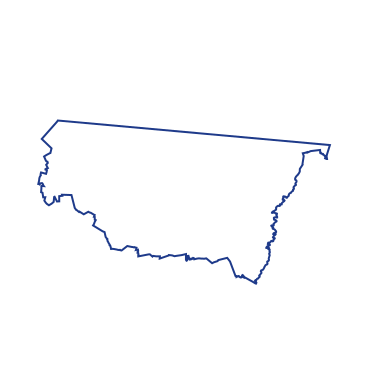 outline of Cintalapa, Chiapas, Mexico, rotated 74°
{"feature_id": "50627088B82563437390549", "entity_name": "Cintalapa", "entity_type": "district", "adm_level": 2, "iso_a3": "MEX", "parent_name": "Mexico", "parent_adm1": "Chiapas", "projection": "albers", "projection_center": [-93.728, 16.752], "detail": "fine", "context": "isolated", "style": "outline", "palette": "blue", "viewbox_px": 384, "rotation_deg": 74, "n_neighbors": 0, "source": "geoboundaries", "source_scale": "gbopen_adm2", "svg_char_len": 5992}
<svg xmlns="http://www.w3.org/2000/svg" viewBox="0 0 384 384"><g transform="rotate(74 192 192)"><path d="M184.9,46.5L139.0,165.1L86.3,301.3L86.5,301.5L86.6,301.4L99.6,321.8L111.3,315.0L115.5,317.4L115.5,317.9L116.3,321.7L117.1,324.4L121.7,323.8L122.6,323.3L123.0,322.6L124.3,322.6L124.4,322.8L125.7,324.7L129.2,324.0L129.2,324.9L129.4,325.7L129.7,326.3L129.8,327.4L130.4,325.9L131.0,325.4L131.7,325.8L132.6,326.2L134.3,327.3L131.6,331.7L132.2,332.1L133.3,332.7L133.8,332.8L134.2,332.7L134.9,333.5L135.2,333.9L136.6,334.9L139.0,335.9L141.9,337.5L142.1,337.0L142.6,336.6L142.8,336.4L141.9,335.4L142.1,333.8L142.3,333.5L143.3,333.2L144.7,333.1L145.5,332.8L144.7,334.9L144.9,335.2L146.5,335.6L150.6,337.1L151.5,335.9L156.1,336.5L156.6,334.5L159.6,336.3L162.0,335.5L163.4,334.8L165.3,333.2L164.5,330.1L163.4,327.7L158.8,325.9L158.7,325.4L163.9,324.4L164.4,322.2L159.4,320.8L159.9,317.7L158.8,317.7L161.7,308.7L175.0,309.1L177.2,308.3L177.2,308.1L180.1,306.1L179.8,305.6L183.6,302.2L182.4,297.1L183.2,296.4L183.7,295.7L184.0,295.1L186.7,292.6L187.3,291.9L188.8,293.1L189.1,292.4L190.4,292.7L191.8,293.1L192.5,292.3L194.0,293.8L195.8,295.1L196.9,296.3L205.2,288.7L206.4,287.1L211.5,287.4L213.2,286.7L213.7,286.8L214.1,286.6L214.1,286.4L215.8,286.7L216.0,286.6L217.8,286.2L218.2,286.2L220.0,285.6L220.6,285.9L221.1,285.4L221.5,285.3L222.6,285.4L223.5,285.4L224.3,285.5L224.3,285.3L224.6,284.9L224.5,284.7L225.2,282.9L226.5,280.3L227.4,278.8L227.8,277.1L228.2,277.0L228.8,275.8L226.1,269.1L228.1,265.3L228.7,263.9L229.1,263.4L229.2,262.4L229.5,262.3L230.3,260.7L231.3,261.1L232.2,261.8L232.2,261.1L232.4,261.0L232.4,260.7L232.6,260.3L232.6,259.9L233.0,260.0L233.5,259.9L234.1,260.1L234.4,260.6L234.6,260.5L235.4,261.1L235.8,260.5L236.0,260.5L237.6,260.7L237.8,261.1L238.1,261.1L239.1,261.4L240.0,250.9L240.3,249.7L243.2,247.8L242.7,247.0L244.0,244.1L245.0,240.6L247.1,241.4L246.6,232.3L246.6,231.9L246.2,231.6L247.5,228.5L248.9,226.5L249.1,224.5L249.8,219.4L250.0,214.9L255.5,216.5L256.4,216.3L256.6,216.1L256.2,215.4L255.7,214.9L252.3,213.7L252.4,213.0L255.2,213.0L256.3,212.8L256.4,212.2L255.8,212.2L255.8,211.2L256.3,211.1L256.4,209.4L255.7,209.4L255.6,209.2L255.9,208.7L256.2,208.4L256.9,208.1L257.3,208.2L257.4,205.6L257.7,203.6L258.7,201.1L259.2,199.4L259.5,198.8L259.6,197.3L259.8,197.0L259.8,196.5L266.0,192.3L265.6,190.3L265.5,186.5L264.7,185.5L265.0,176.3L269.3,174.6L284.2,173.4L284.5,173.2L285.1,173.3L285.2,173.2L284.8,173.1L284.8,172.8L285.0,172.4L285.2,172.1L285.5,172.2L285.4,172.0L285.9,171.4L285.6,171.1L285.6,170.3L286.2,169.8L287.1,169.4L287.7,168.6L287.7,168.3L287.3,168.0L287.4,167.1L287.8,166.6L287.0,166.8L286.6,167.0L286.3,167.0L286.0,166.9L285.8,166.2L288.4,165.0L294.9,158.5L297.5,156.1L297.7,155.7L297.4,155.5L297.2,155.3L297.0,155.1L296.2,155.2L295.9,155.6L295.4,155.7L294.9,156.0L295.2,156.6L294.2,155.2L294.5,154.6L293.6,153.6L293.4,153.3L293.3,152.9L293.4,152.3L292.6,151.3L292.3,150.5L291.7,150.2L291.4,150.4L290.8,150.4L290.3,149.5L289.0,147.6L288.1,147.4L287.5,147.7L287.2,147.7L286.7,147.4L286.5,147.2L286.5,146.6L286.3,146.1L286.3,145.3L286.0,144.8L284.5,143.3L284.2,143.2L282.6,141.5L282.3,140.3L282.3,139.8L282.0,139.4L281.8,139.2L281.3,139.2L279.7,138.9L279.5,138.6L279.3,137.5L278.9,137.0L278.3,136.7L277.6,136.7L276.9,136.5L274.1,134.7L273.7,134.8L273.2,134.8L272.9,134.9L272.3,134.7L271.9,134.1L271.6,133.9L271.1,133.7L270.7,133.9L270.3,133.8L268.7,133.2L268.5,133.3L268.3,134.0L267.9,134.4L267.7,134.4L267.5,133.8L267.1,133.4L266.4,133.8L266.2,134.4L266.4,134.9L266.4,135.6L266.2,136.0L265.9,135.9L265.4,135.3L264.9,134.4L264.8,132.8L264.6,131.9L264.2,131.7L263.8,131.8L263.7,132.0L263.4,133.2L263.0,133.5L261.8,132.8L261.7,132.6L262.0,131.6L261.9,130.8L261.6,130.3L261.1,129.7L260.9,129.2L261.0,128.9L261.4,128.7L261.7,128.1L261.6,127.5L261.2,127.1L260.9,127.1L260.1,126.7L259.9,126.4L259.8,125.7L259.5,125.3L259.3,125.2L259.1,125.3L258.0,126.7L257.8,126.7L257.3,126.0L256.9,125.6L256.4,124.4L255.8,123.3L255.5,123.2L255.3,123.5L255.3,125.0L254.9,125.5L254.5,125.3L254.1,124.7L254.1,123.9L253.7,122.2L253.0,122.0L252.5,122.2L251.0,122.8L250.2,123.5L249.8,124.3L249.5,124.5L249.1,124.5L248.3,123.7L247.9,124.0L247.3,124.8L246.7,125.0L246.2,125.0L246.1,124.5L246.4,123.6L246.4,122.6L246.2,122.5L245.7,122.6L245.2,122.4L245.2,122.2L244.2,120.9L243.6,118.9L243.3,118.7L243.1,118.7L242.3,119.2L241.7,119.8L241.5,120.3L241.2,120.7L240.8,120.7L239.8,120.5L239.4,120.4L239.2,120.0L239.3,118.5L239.6,118.0L239.9,117.6L240.0,117.3L240.0,117.2L239.4,117.0L238.7,117.0L237.3,117.3L237.0,117.1L236.6,116.4L236.2,116.3L235.7,116.9L235.4,117.7L234.9,118.1L234.2,119.1L234.3,119.8L234.2,120.7L234.0,120.9L233.7,120.8L233.0,119.4L232.9,118.4L232.3,116.5L232.1,116.1L231.5,115.7L230.5,115.7L229.8,115.1L229.5,114.7L229.0,113.3L229.1,112.6L229.5,112.1L229.5,111.5L229.3,111.0L229.1,110.9L228.7,111.0L228.1,110.8L228.1,110.5L228.6,109.4L228.6,109.2L227.8,109.0L227.4,108.6L226.6,107.1L226.2,105.9L225.7,105.4L225.2,105.6L225.0,106.4L224.8,106.6L224.5,106.9L224.2,106.9L223.5,106.6L222.8,105.6L222.0,105.8L221.6,105.6L221.4,105.4L221.4,105.0L222.3,103.4L222.7,103.1L223.5,102.9L223.7,102.5L223.6,102.2L223.2,102.0L222.4,100.2L222.0,99.9L221.1,99.6L220.4,98.8L220.2,98.4L220.1,97.3L220.0,97.0L219.4,96.5L219.1,96.0L218.8,94.7L218.5,94.4L218.0,94.4L217.5,94.2L217.4,94.1L217.3,93.6L217.1,93.2L216.5,93.0L215.5,93.1L215.1,92.8L214.3,91.5L214.0,90.3L213.8,90.1L213.4,90.1L212.7,90.4L212.4,90.3L212.0,90.0L211.3,89.0L210.4,88.5L209.8,88.5L209.5,88.6L208.9,89.3L208.6,89.4L207.9,89.3L207.2,89.0L206.0,87.9L204.9,86.2L204.9,85.9L204.1,85.0L203.9,84.6L203.6,84.2L202.1,82.8L199.6,82.0L199.3,81.7L196.2,78.1L195.8,78.2L188.2,74.7L185.3,74.8L185.5,72.4L185.4,70.3L185.9,70.3L185.4,66.6L186.9,57.3L189.8,58.0L190.2,57.8L190.2,57.7L190.0,57.2L190.3,57.1L190.7,56.7L191.1,56.6L191.4,56.2L191.7,56.1L191.7,55.6L192.1,55.6L192.8,55.0L193.9,54.5L194.0,53.9L194.8,53.9L196.3,54.8L197.4,53.5L197.5,53.1L194.8,52.8L193.1,51.9L184.9,46.5Z" fill="none" stroke="#1e3a8a" stroke-width="2"/></g></svg>